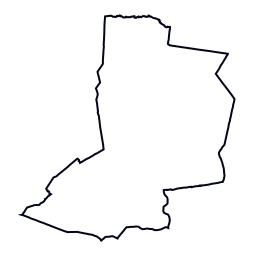 Victor Vlad Delamarina, Timis, Romania
{"feature_id": "2599482B6245174477067", "entity_name": "Victor Vlad Delamarina", "entity_type": "district", "adm_level": 2, "iso_a3": "ROU", "parent_name": "Romania", "parent_adm1": "Timis", "projection": "equal_earth", "projection_center": [21.849, 45.603], "detail": "fine", "context": "isolated", "style": "outline", "palette": "ink", "viewbox_px": 256, "rotation_deg": 0, "n_neighbors": 0, "source": "geoboundaries", "source_scale": "gbopen_adm2", "svg_char_len": 5650}
<svg xmlns="http://www.w3.org/2000/svg" viewBox="0 0 256 256"><path d="M23.0,215.2L27.2,216.8L28.2,217.1L31.3,218.6L35.9,220.1L38.2,221.1L41.8,222.5L43.0,222.8L43.9,223.2L45.9,224.0L47.2,224.5L47.8,224.8L48.5,224.9L50.5,225.8L51.9,226.4L52.4,226.4L53.1,226.8L58.0,228.7L64.6,231.2L66.7,231.8L67.2,232.1L77.2,231.9L84.6,233.4L85.4,233.5L89.2,234.3L92.3,234.8L92.7,235.0L93.5,235.2L94.4,235.7L95.8,236.1L96.4,236.4L97.0,236.5L97.9,237.3L99.8,238.6L100.1,238.9L101.2,240.6L101.9,240.1L102.3,239.6L103.7,238.6L104.8,237.4L105.2,237.1L105.9,236.9L106.7,236.8L107.7,236.8L110.6,236.5L111.2,236.3L112.7,236.2L114.1,236.8L117.6,238.5L118.2,237.2L118.6,236.8L121.0,233.8L122.0,232.8L122.4,232.1L123.4,231.1L125.0,228.9L125.7,228.2L126.5,227.2L128.2,227.2L130.1,226.9L131.5,226.9L134.0,226.8L134.7,226.6L135.7,226.5L136.5,226.5L137.8,226.6L138.8,226.8L140.3,228.1L142.0,229.0L142.6,229.2L144.6,229.0L147.1,228.5L149.9,229.0L151.6,229.0L152.3,229.1L153.1,229.3L154.1,230.0L155.3,230.1L157.4,230.1L159.1,229.8L161.1,229.3L165.5,227.2L166.0,227.2L168.3,228.0L168.2,227.2L168.2,226.5L169.2,223.5L169.8,220.6L169.5,217.9L169.3,217.0L168.5,215.3L168.2,214.8L167.6,214.4L165.5,213.6L164.4,213.0L163.9,212.6L163.3,211.1L163.3,210.6L163.6,206.7L165.9,205.1L166.8,204.3L167.5,203.3L167.6,203.0L167.6,202.5L167.6,199.3L167.5,198.6L167.4,198.1L167.0,197.2L165.0,195.1L164.3,193.8L163.8,191.6L163.7,190.8L163.7,190.0L166.8,189.8L166.9,190.0L167.3,189.9L167.7,190.0L168.1,189.9L170.7,189.3L171.0,189.7L171.3,189.9L173.1,189.9L174.1,189.5L175.9,189.1L176.1,189.0L176.3,188.8L180.2,188.1L180.9,188.2L181.0,188.0L182.0,187.9L184.4,187.6L186.0,187.6L188.3,187.2L189.0,186.9L189.9,186.9L191.2,186.8L191.3,187.2L191.7,187.3L192.3,187.0L195.4,186.3L200.5,185.9L200.3,185.5L203.9,185.3L208.2,184.7L211.9,183.8L218.1,182.9L219.3,182.5L222.9,181.8L223.1,180.5L223.7,180.0L223.8,179.7L223.9,178.4L224.1,177.9L224.2,177.3L224.4,176.8L224.5,175.4L224.3,174.7L224.3,173.8L224.1,172.4L223.9,169.4L223.7,168.4L223.4,167.0L222.6,164.5L222.5,163.6L222.0,161.9L221.5,160.7L221.1,159.2L220.6,158.5L220.5,157.8L219.8,156.9L219.4,155.5L219.3,154.9L219.0,154.2L218.9,154.0L219.1,152.4L219.5,151.6L219.9,151.0L220.3,150.2L221.4,149.1L221.9,147.8L222.6,146.9L224.1,145.2L224.5,144.5L227.0,133.2L228.4,127.2L229.0,123.3L229.3,122.7L229.8,121.1L230.1,119.5L230.1,119.0L230.4,118.2L232.0,110.3L232.7,107.6L232.9,106.9L233.3,104.3L233.9,102.3L234.5,99.0L232.0,95.4L225.3,86.5L222.1,82.4L215.8,73.9L219.4,68.3L220.9,65.2L221.7,64.2L222.9,62.3L225.1,58.7L226.3,56.4L227.1,55.5L227.5,54.7L227.8,53.8L207.5,50.8L200.5,49.9L170.0,45.4L169.3,44.8L168.7,44.6L168.2,44.3L168.0,44.0L167.9,43.6L168.2,41.4L168.6,40.5L169.1,34.8L169.6,30.5L169.8,29.8L170.1,27.5L170.0,27.3L170.0,26.9L169.9,26.8L169.5,26.9L169.1,27.1L168.6,26.9L168.0,27.1L167.6,26.7L166.7,27.2L166.2,27.3L165.7,26.8L165.0,26.6L164.7,26.4L164.6,26.2L164.5,25.7L164.2,25.3L163.9,25.2L163.3,24.8L162.5,24.5L162.0,24.0L161.4,23.8L161.1,23.1L160.6,23.1L160.2,22.9L159.6,21.8L159.9,21.3L159.3,21.2L158.8,20.2L158.7,20.0L159.1,19.7L158.9,19.5L157.9,19.4L156.6,18.7L155.6,18.5L155.0,18.2L154.0,18.2L153.2,17.9L151.8,17.1L151.3,17.0L150.7,16.4L150.4,16.4L150.0,16.6L149.5,16.5L149.2,16.1L149.0,15.6L148.8,15.5L148.6,15.5L148.1,16.4L147.4,16.6L147.3,16.8L147.1,16.9L146.8,16.9L146.6,16.8L146.2,16.9L145.7,16.5L145.2,16.6L144.9,16.5L144.7,16.2L143.4,16.1L142.6,16.2L142.0,16.7L141.1,17.2L140.3,16.8L139.7,16.9L139.3,16.8L139.0,16.9L138.7,16.7L138.6,17.0L138.3,16.7L137.8,17.0L137.3,17.0L136.7,17.3L136.1,17.9L135.8,17.9L135.4,17.8L135.3,17.7L135.1,17.6L135.0,17.3L134.7,17.3L134.4,17.4L134.3,17.0L134.4,16.2L134.1,16.1L133.6,16.4L132.8,16.5L132.6,16.6L132.3,16.6L131.3,16.6L131.1,16.7L130.8,17.1L130.6,17.2L130.1,17.2L129.2,17.2L128.8,17.2L128.2,17.0L127.1,17.3L126.7,17.1L126.4,17.1L126.1,16.7L125.8,16.7L124.8,17.5L124.3,17.6L123.0,17.3L122.5,16.7L121.9,16.6L121.2,16.1L120.4,16.3L120.2,16.0L120.3,15.6L119.7,15.4L119.0,15.9L118.3,16.2L118.0,16.2L117.4,15.8L117.0,15.9L116.9,16.0L116.8,16.3L116.4,16.5L116.3,16.8L115.9,16.9L115.0,17.0L114.0,16.6L113.3,16.8L112.8,16.7L112.7,16.5L112.2,16.2L111.5,15.9L110.9,16.0L110.7,15.9L110.6,15.7L105.1,16.4L104.5,24.0L104.5,24.9L104.2,35.8L104.1,36.5L104.1,37.2L104.0,40.2L103.8,41.9L103.8,43.7L103.6,44.6L103.7,45.2L103.9,46.4L103.5,50.4L103.2,56.0L103.1,56.5L103.1,57.4L102.9,59.6L102.9,63.8L101.9,65.4L97.5,71.8L100.1,82.5L97.5,86.1L95.9,88.4L97.0,91.3L97.7,93.8L97.8,94.2L97.6,95.0L97.2,96.8L96.5,99.0L96.3,99.3L97.1,103.9L97.3,106.0L97.8,109.2L97.7,110.1L97.9,110.6L98.0,111.7L97.9,112.1L97.7,112.4L98.0,113.1L98.1,114.2L98.8,115.6L99.3,119.7L100.2,127.2L103.1,144.6L103.6,149.4L97.0,153.3L95.3,154.0L91.6,156.4L88.8,158.0L85.9,159.3L85.0,160.0L84.1,160.4L83.0,161.2L80.0,162.9L79.6,161.6L79.2,161.2L79.0,161.3L78.7,161.1L78.8,160.4L79.0,160.1L78.9,159.9L78.7,159.7L78.2,159.2L77.6,158.7L77.0,158.9L72.7,162.6L71.5,163.5L69.6,165.1L68.2,166.5L66.3,168.1L57.9,174.9L57.6,175.3L56.1,176.5L55.9,176.6L54.2,177.2L53.5,177.5L46.2,188.7L46.6,189.2L46.9,190.0L47.4,191.0L47.6,190.8L47.8,190.8L48.0,191.2L48.4,191.2L49.2,191.8L49.2,192.4L49.3,192.7L49.5,193.0L49.6,193.3L49.4,193.6L49.4,193.9L50.2,193.8L50.7,194.0L51.0,194.2L49.1,195.6L48.4,196.0L47.1,197.3L46.3,198.5L45.9,198.7L45.3,198.8L45.1,198.9L45.0,199.2L45.1,199.4L44.9,200.1L44.3,200.8L44.0,201.4L43.4,201.8L43.0,202.0L42.4,202.6L41.2,202.9L40.6,203.5L40.2,203.7L39.5,204.8L38.0,205.1L35.6,205.0L33.7,205.3L32.4,205.9L31.1,206.1L30.2,206.6L29.3,206.8L28.4,207.2L27.3,207.3L25.7,209.5L25.0,210.8L24.6,211.4L24.6,211.5L24.1,212.1L23.4,212.9L23.2,213.5L23.2,213.9L23.1,214.0L22.2,214.6L21.5,214.8L23.0,215.2Z" fill="none" stroke="#020617" stroke-width="2"/></svg>